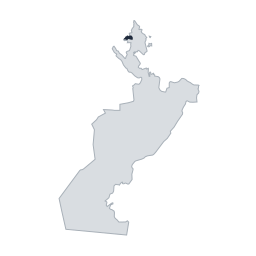 Chartak, Namangan, Uzbekistan (highlighted), rotated 265°
{"feature_id": "79887680B43665894395177", "entity_name": "Chartak", "entity_type": "district", "adm_level": 2, "iso_a3": "UZB", "parent_name": "Uzbekistan", "parent_adm1": "Namangan", "projection": "albers", "projection_center": [71.805, 41.256], "detail": "fine", "context": "in_parent", "style": "filled", "palette": "slate", "viewbox_px": 256, "rotation_deg": 265, "n_neighbors": 0, "source": "geoboundaries", "source_scale": "gbopen_adm2", "svg_char_len": 4589}
<svg xmlns="http://www.w3.org/2000/svg" viewBox="0 0 256 256"><g transform="rotate(265 128 128)"><path d="M204.4,121.0L208.3,119.2L210.5,120.5L210.7,121.2L208.3,122.6L206.1,123.4L205.4,125.1L203.3,125.9L201.1,128.4L197.6,130.9L197.5,131.4L197.8,131.8L198.9,132.1L201.2,133.6L203.4,132.8L203.9,133.0L204.4,133.8L205.0,136.1L206.0,136.7L209.1,138.0L211.5,138.0L212.6,138.5L212.8,138.3L213.0,134.8L214.0,135.4L215.0,135.0L215.5,133.3L215.3,132.2L216.0,131.5L216.4,132.0L216.5,133.0L217.6,133.7L218.4,135.4L218.7,137.3L220.9,137.8L221.7,137.4L222.3,137.6L222.6,140.1L222.9,140.3L224.8,139.8L226.6,140.8L228.5,142.6L230.7,142.8L231.1,143.1L232.7,142.8L234.5,143.3L234.5,143.6L234.2,144.0L230.0,146.3L228.8,147.9L227.9,148.4L225.3,147.5L224.9,148.5L225.4,149.4L224.8,150.5L223.5,150.1L223.2,149.6L221.9,149.9L220.4,151.5L219.7,152.8L218.3,153.3L216.4,154.6L215.6,153.5L214.2,153.7L212.4,152.6L211.4,152.4L203.2,153.7L202.5,153.5L201.7,151.6L199.7,150.6L199.7,149.7L204.0,145.9L204.5,144.8L203.1,144.1L203.4,143.1L200.7,140.0L200.2,139.8L199.8,139.9L198.8,142.2L191.4,145.9L190.4,145.5L188.8,144.0L187.7,143.5L186.4,144.7L186.4,146.2L185.0,147.2L186.1,151.3L186.0,151.8L185.0,151.9L185.7,153.4L185.1,153.5L181.6,152.9L177.5,153.6L177.6,154.3L181.2,154.3L181.7,154.6L181.8,155.1L181.6,155.4L179.6,155.6L179.4,156.3L180.4,158.0L179.9,158.4L179.2,158.1L178.6,159.2L177.4,159.1L176.6,162.4L175.6,163.6L174.1,164.1L165.5,162.2L163.2,163.1L161.6,164.6L160.5,168.3L160.6,168.7L164.2,170.3L164.7,172.6L169.2,173.0L170.0,173.4L170.3,173.9L170.5,174.6L169.0,178.2L169.4,181.4L170.1,183.0L172.7,185.9L172.5,187.5L171.8,188.9L171.0,190.0L170.2,190.5L169.0,192.0L167.9,193.9L165.8,196.3L165.1,197.6L164.7,201.6L164.1,202.8L164.1,202.3L163.4,201.9L161.4,201.6L161.0,201.1L158.3,201.9L156.7,201.4L155.1,199.6L152.0,198.9L147.9,199.0L148.0,194.9L148.4,191.8L149.9,189.4L149.9,189.0L149.3,188.1L146.9,187.3L144.2,185.2L141.7,183.7L140.2,183.2L138.5,183.8L137.0,183.5L130.4,178.0L124.8,173.9L121.1,169.9L119.1,170.2L114.3,166.3L111.4,162.4L101.3,153.3L99.4,151.2L98.9,150.1L98.6,145.2L97.9,142.8L96.7,141.4L95.8,139.0L94.6,133.0L94.1,131.9L91.2,129.1L89.4,128.3L88.0,128.6L87.2,129.4L86.1,129.4L81.6,127.8L76.4,127.6L72.3,124.1L72.1,123.6L72.2,122.8L73.3,121.0L73.3,120.1L72.8,119.1L72.9,118.1L73.4,117.6L74.2,117.9L74.6,117.6L74.5,117.1L73.6,115.8L71.8,114.4L72.3,113.7L72.6,111.9L73.0,110.9L72.8,110.5L71.5,109.0L66.5,108.2L65.4,107.6L64.5,107.0L63.9,104.8L63.5,104.2L60.2,102.9L57.3,98.8L56.3,100.3L55.6,100.5L53.1,99.6L51.6,100.4L54.2,104.6L54.8,105.8L54.7,106.4L53.7,106.4L53.1,104.5L52.7,103.9L49.7,102.5L48.6,103.4L48.1,104.8L46.4,106.9L44.7,107.1L41.0,106.6L39.8,107.0L39.0,107.5L37.2,109.3L35.1,110.7L34.6,117.4L35.6,119.3L34.1,120.5L21.5,117.3L32.5,57.3L50.8,54.8L63.8,53.2L89.8,76.2L90.4,77.1L90.5,78.8L91.1,80.2L99.7,92.5L114.5,91.8L129.2,94.4L135.0,92.2L139.0,97.4L141.6,99.4L144.8,106.8L148.5,105.2L147.3,113.7L146.7,116.3L146.3,121.5L152.3,122.0L153.1,130.4L154.1,135.7L155.4,136.4L166.9,136.2L167.8,136.7L169.5,136.2L170.4,137.9L171.5,139.1L170.6,142.7L171.9,144.2L175.1,146.0L177.0,146.0L177.4,145.4L177.4,144.6L176.9,143.7L177.0,142.6L177.3,141.8L179.4,139.2L182.6,136.6L183.3,135.6L183.6,133.9L184.8,133.0L187.5,132.0L187.9,131.1L191.2,129.0L194.9,127.8L196.6,126.7L198.3,124.7L200.7,122.5L201.6,122.5L202.2,123.2L202.7,123.2L204.4,121.0ZM203.3,141.5L202.9,140.4L202.3,140.0L202.1,140.2L203.0,141.5L203.3,141.5ZM210.2,158.9L207.7,158.8L208.1,157.2L207.2,156.4L207.1,155.6L207.3,154.9L207.9,154.6L208.6,155.8L210.5,156.3L209.8,157.4L210.3,158.7L210.2,158.9ZM217.6,157.2L217.1,158.7L216.1,158.0L216.2,157.7L217.6,157.2Z" fill="#d9dde1" stroke="#a8b0b8" stroke-width="1"/><path d="M216.4,139.8L217.0,139.8L218.0,139.8L218.2,139.6L218.6,139.1L219.0,139.1L219.2,138.8L218.9,138.5L219.1,137.8L218.9,137.7L218.8,137.4L218.6,137.3L218.5,137.2L218.6,136.9L218.7,136.7L218.8,136.4L218.9,136.2L219.1,136.0L219.3,135.8L219.4,135.4L219.1,135.2L218.9,134.9L218.8,134.7L218.8,134.4L218.7,134.2L218.6,134.3L218.3,134.5L218.2,134.4L218.3,134.0L218.1,133.7L217.9,133.6L217.7,133.4L217.4,132.8L217.3,132.7L217.3,132.8L217.3,133.2L217.2,133.3L217.1,133.5L217.0,133.8L216.9,134.0L217.0,134.2L217.2,134.6L216.9,134.6L217.0,134.8L216.9,135.0L216.8,134.9L216.7,134.9L216.7,135.1L216.9,135.2L217.1,135.4L217.2,135.7L217.6,135.7L217.7,135.8L217.9,136.0L217.4,136.2L217.5,136.5L217.5,137.1L217.3,137.5L217.3,137.8L217.1,137.7L217.0,137.4L216.9,137.6L216.8,137.9L216.7,138.0L216.6,138.4L217.0,138.6L217.1,139.0L216.6,139.1L216.6,139.5L216.3,139.7L216.4,139.8Z" fill="#64748b" stroke="#1e293b" stroke-width="1.5"/></g></svg>